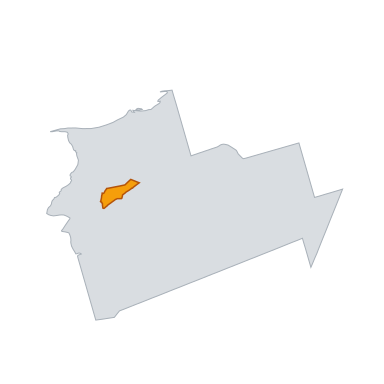 location of El Mejrya, Tagant, Mauritania, rotated 74°
{"feature_id": "47542326B50345645287156", "entity_name": "El Mejrya", "entity_type": "district", "adm_level": 2, "iso_a3": "MRT", "parent_name": "Mauritania", "parent_adm1": "Tagant", "projection": "equal_earth", "projection_center": [-12.048, 17.981], "detail": "fine", "context": "in_parent", "style": "filled", "palette": "amber", "viewbox_px": 384, "rotation_deg": 74, "n_neighbors": 0, "source": "geoboundaries", "source_scale": "gbopen_adm2", "svg_char_len": 4164}
<svg xmlns="http://www.w3.org/2000/svg" viewBox="0 0 384 384"><g transform="rotate(74 192 192)"><path d="M169.6,336.1L169.2,335.9L167.4,334.2L166.5,332.2L165.0,330.6L163.0,329.6L161.6,328.5L161.0,327.2L160.3,326.3L159.5,325.8L159.4,325.4L159.6,324.7L159.4,323.5L158.2,320.9L157.1,319.6L156.1,319.8L155.6,319.5L155.3,318.9L155.1,318.0L154.5,317.3L153.4,317.0L152.5,315.0L151.8,311.4L150.9,308.6L149.8,306.5L149.0,305.8L148.5,305.6L148.3,305.3L148.1,304.7L147.3,304.5L146.1,305.1L145.0,304.9L144.5,303.9L143.7,303.9L142.8,304.7L141.8,304.4L140.6,303.1L140.0,301.9L139.9,300.6L138.0,298.0L134.2,294.2L130.1,292.4L125.7,292.7L123.2,292.5L122.7,291.9L122.1,292.0L121.6,292.7L121.0,292.8L120.4,292.4L120.0,292.7L119.8,293.7L118.3,294.2L115.3,294.2L112.9,294.8L111.0,296.0L108.5,296.5L105.1,296.3L103.1,295.9L102.4,295.2L101.5,295.0L100.2,295.4L99.1,297.3L98.1,300.7L97.3,302.6L96.6,303.1L95.9,305.6L95.5,309.9L94.9,311.7L95.0,301.2L95.9,297.2L96.3,293.7L98.4,286.1L100.9,279.8L103.2,271.5L104.1,263.5L103.9,255.6L103.3,248.6L102.2,244.0L101.1,237.3L99.5,233.8L96.6,230.7L96.0,228.9L96.7,228.2L98.5,227.8L99.6,225.4L97.2,226.3L100.1,219.0L101.0,214.0L100.9,210.7L101.4,208.7L99.3,204.3L97.7,198.8L96.9,197.9L96.0,197.5L95.9,198.8L95.4,199.9L94.4,199.2L92.6,195.2L90.1,188.7L89.2,188.1L88.4,188.9L88.0,189.8L87.0,195.2L86.8,193.1L87.2,190.5L87.9,187.4L88.6,183.1L90.9,183.1L94.8,183.1L102.8,183.0L106.7,183.0L114.7,183.0L118.6,183.0L126.6,183.0L130.5,183.0L138.5,183.0L142.4,183.0L150.4,183.0L154.4,183.0L157.0,183.0L156.8,179.9L156.7,177.4L156.5,174.1L156.4,170.9L156.2,167.6L156.1,164.5L155.9,161.5L155.8,158.6L155.7,156.0L155.5,154.5L154.6,151.6L154.5,150.1L154.7,148.5L155.3,147.1L156.8,144.4L159.1,142.3L161.8,139.9L163.9,138.1L164.9,137.7L168.1,137.1L170.7,135.7L173.1,134.4L174.1,133.6L174.3,131.1L174.3,75.7L186.3,75.7L189.5,75.7L211.7,75.7L214.9,75.7L231.0,75.7L231.0,73.1L231.0,69.4L230.9,64.3L230.9,59.2L230.8,50.2L230.7,46.4L233.9,48.9L240.4,53.9L243.6,56.4L250.0,61.4L256.5,66.5L263.0,71.5L266.2,74.0L269.4,76.5L272.7,79.1L275.9,81.6L282.4,86.6L285.2,88.7L289.4,92.2L293.3,95.3L297.2,98.5L291.2,98.5L283.2,98.5L277.8,98.5L272.2,98.6L266.9,98.6L267.5,103.8L268.0,109.5L268.6,115.2L269.2,120.9L269.8,126.6L271.5,143.8L272.1,149.5L272.6,155.3L273.2,161.0L273.8,166.8L274.9,178.3L275.5,184.1L276.1,189.9L276.6,195.6L277.2,201.4L277.8,207.2L278.9,218.8L279.5,224.6L280.1,230.5L280.6,236.3L281.2,242.1L281.8,247.9L282.4,253.8L282.9,259.6L284.1,271.3L284.6,277.1L285.2,283.0L285.8,288.8L286.3,294.5L288.4,297.5L291.1,301.2L290.4,306.6L289.6,312.9L288.6,319.8L281.3,319.8L274.2,319.8L256.2,319.8L252.7,319.8L234.7,319.8L231.1,319.8L224.2,319.8L222.2,319.7L221.4,319.1L221.1,315.5L220.5,315.8L219.8,316.8L219.4,318.0L219.6,319.5L219.5,320.7L217.2,321.2L214.1,322.1L210.8,322.7L207.5,322.5L206.3,322.2L205.1,321.7L202.5,321.2L201.1,321.2L199.4,321.3L197.5,321.6L196.9,322.2L195.4,324.9L194.0,328.0L193.1,328.0L192.0,326.3L189.2,323.1L185.7,318.9L184.1,316.8L183.3,316.5L181.7,318.0L180.3,319.5L178.8,321.5L178.1,323.5L177.6,325.8L177.3,328.5L176.8,331.7L175.6,334.2L174.2,336.2L173.1,337.1L172.7,337.6L169.6,336.1ZM98.5,220.9L97.4,223.1L96.9,222.3L96.7,220.8L97.7,218.6L98.2,217.5L99.0,217.1L98.5,220.9Z" fill="#d9dde1" stroke="#a8b0b8" stroke-width="1"/><path d="M163.0,247.4L164.0,249.4L165.4,252.1L166.7,254.5L166.3,260.3L165.9,264.6L165.5,269.4L165.3,271.5L165.1,273.1L165.7,273.6L166.8,275.1L168.1,276.3L168.7,276.9L168.9,277.5L168.8,278.1L168.4,278.5L168.7,278.6L168.8,278.9L169.5,279.0L169.8,279.2L170.0,279.5L170.3,279.7L170.8,279.8L171.0,280.0L172.6,280.6L173.9,281.3L176.0,282.4L176.4,282.1L176.4,282.3L176.7,282.1L178.0,281.5L178.3,281.4L178.6,281.3L179.2,281.5L179.8,281.7L180.8,281.8L182.9,282.1L183.5,281.2L183.4,280.9L183.1,280.0L182.6,279.1L182.0,277.5L181.5,276.9L181.0,275.6L180.6,274.5L180.2,273.3L179.5,271.5L179.1,270.4L178.8,269.5L178.1,267.7L177.9,266.2L177.8,265.7L178.3,264.0L178.9,261.5L178.8,261.3L177.1,260.2L175.6,259.5L174.6,256.7L173.9,255.4L173.8,255.2L173.6,254.3L173.0,252.1L172.2,249.8L171.7,248.6L171.9,248.1L171.4,247.3L171.2,246.9L169.6,242.9L168.6,240.2L163.0,247.4Z" fill="#f59e0b" stroke="#b45309" stroke-width="1.5"/></g></svg>